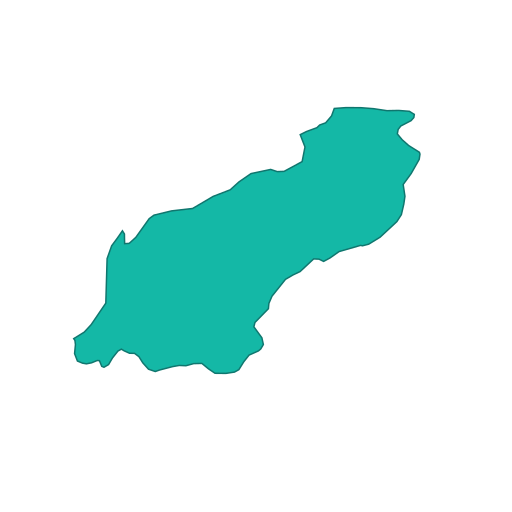 an SVG outline of Albania, rotated 61°
{"feature_id": "ALB", "entity_name": "Albania", "entity_type": "country or territory", "adm_level": 0, "iso_a3": "ALB", "parent_name": "Europe", "parent_adm1": "", "projection": "mercator", "projection_center": [20.103, 41.151], "detail": "fine", "context": "isolated", "style": "filled", "palette": "teal", "viewbox_px": 512, "rotation_deg": 61, "n_neighbors": 0, "source": "natural_earth", "source_scale": "50m", "svg_char_len": 1507}
<svg xmlns="http://www.w3.org/2000/svg" viewBox="0 0 512 512"><g transform="rotate(61 256 256)"><path d="M171.3,158.5L171.6,151.5L173.3,140.5L172.3,136.8L173.3,130.5L170.1,122.0L164.9,116.0L169.9,105.2L177.3,92.1L184.1,81.8L192.4,71.0L197.9,60.6L203.8,51.7L208.9,48.9L211.4,50.8L212.8,54.7L212.5,66.3L214.2,70.3L217.7,73.2L225.2,71.8L233.4,68.9L244.5,62.8L246.4,63.2L250.6,66.4L259.1,80.3L264.8,92.6L276.0,96.8L282.3,101.6L290.3,108.8L294.2,116.1L299.7,138.3L300.3,151.7L298.7,157.9L297.4,159.4L292.4,181.2L293.6,192.3L293.5,199.5L289.3,202.4L286.5,207.0L291.0,225.0L290.5,232.7L290.7,241.5L298.9,261.5L303.7,267.7L308.1,270.7L313.6,289.1L316.9,292.2L330.4,290.5L337.0,292.5L339.6,296.9L340.2,299.9L339.3,310.1L342.6,318.0L347.1,326.1L347.1,331.1L344.1,339.2L338.7,348.7L331.6,352.3L323.7,355.4L319.9,362.7L318.0,370.5L314.5,376.2L312.3,382.6L309.0,395.5L308.2,400.1L302.9,404.9L294.6,406.8L287.3,407.2L282.3,409.4L279.7,413.8L275.0,417.3L272.2,418.9L272.2,422.8L275.6,431.0L279.5,437.6L279.6,442.9L277.7,444.4L271.6,443.7L270.4,445.6L269.7,451.6L268.1,456.6L265.6,459.7L261.3,463.1L253.4,462.0L246.0,456.9L242.1,455.3L239.9,455.5L239.3,443.1L236.1,433.4L224.4,410.2L186.1,387.5L177.1,377.3L173.2,368.7L169.2,360.6L173.0,360.4L176.7,362.4L181.5,364.9L183.5,360.8L181.4,352.0L171.5,331.2L170.8,325.4L175.6,308.0L183.7,288.4L183.1,264.5L185.6,246.5L182.9,234.8L181.5,220.4L187.4,201.2L192.5,196.5L195.6,190.4L195.8,169.9L184.4,160.3L171.3,158.5Z" fill="#14b8a6" stroke="#0f766e" stroke-width="1.5"/></g></svg>